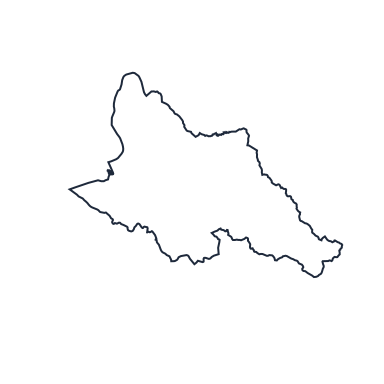 the district of Tien Yen, Quảng Ninh, Vietnam, rotated 151°
{"feature_id": "81297802B1435628045096", "entity_name": "Tien Yen", "entity_type": "district", "adm_level": 2, "iso_a3": "VNM", "parent_name": "Vietnam", "parent_adm1": "Quảng Ninh", "projection": "natural_earth1", "projection_center": [107.339, 21.373], "detail": "fine", "context": "isolated", "style": "outline", "palette": "slate", "viewbox_px": 384, "rotation_deg": 151, "n_neighbors": 0, "source": "geoboundaries", "source_scale": "gbopen_adm2", "svg_char_len": 6034}
<svg xmlns="http://www.w3.org/2000/svg" viewBox="0 0 384 384"><g transform="rotate(151 192 192)"><path d="M178.7,299.6L185.3,298.2L185.7,300.5L185.6,302.6L182.8,312.9L182.4,318.0L182.5,319.5L184.5,323.8L186.0,325.0L192.6,326.6L194.9,326.4L196.3,325.8L198.8,323.7L201.5,320.2L205.1,316.8L205.8,316.5L207.3,316.5L208.3,316.0L213.5,311.8L217.3,307.4L218.9,304.7L219.5,302.7L220.5,300.5L221.5,299.5L224.7,297.0L226.1,295.8L229.8,289.5L229.4,279.0L228.9,275.6L228.8,273.8L229.7,267.5L230.4,265.1L231.2,263.1L232.2,261.6L233.0,260.8L235.1,259.6L240.2,257.6L242.3,257.4L247.8,258.0L250.7,258.6L251.7,247.4L252.0,246.2L252.4,245.9L253.1,246.0L255.6,247.3L257.6,245.7L259.3,243.7L261.8,244.2L263.9,244.2L266.1,245.4L268.5,247.8L278.2,250.2L292.1,252.7L297.7,253.6L293.9,245.4L293.3,243.1L290.7,239.3L290.2,237.0L289.5,235.3L288.8,233.0L288.5,231.0L288.1,229.4L287.6,228.2L286.8,226.9L283.4,222.7L282.7,221.5L282.2,219.4L281.8,218.8L278.7,216.2L277.5,215.9L277.1,215.6L276.9,214.7L275.6,211.2L275.5,208.2L274.6,206.8L274.6,206.1L274.9,205.6L276.0,204.9L276.5,204.3L276.6,203.3L276.3,202.3L275.8,202.0L274.5,202.2L273.0,200.7L270.7,200.6L269.8,199.9L269.5,198.3L267.9,196.4L265.7,193.2L265.5,192.3L266.2,191.0L266.4,189.5L265.8,188.5L264.3,187.0L262.8,186.7L261.0,187.6L259.5,189.0L257.6,189.5L255.5,190.6L254.6,190.6L254.1,190.3L253.5,189.2L253.2,185.7L252.8,184.5L252.4,184.3L251.2,184.8L250.4,184.8L248.2,182.8L248.4,181.7L250.8,178.5L250.5,178.3L249.4,178.5L248.5,177.3L247.6,177.1L246.1,177.2L245.8,176.6L245.2,172.2L245.7,168.8L245.8,168.5L246.6,168.3L247.0,167.9L246.3,167.0L247.0,165.3L247.0,164.5L246.5,161.9L247.3,156.6L247.3,154.9L247.0,153.6L245.2,150.9L244.7,149.1L242.9,146.7L243.1,142.9L243.7,141.5L241.0,140.1L240.2,139.9L238.2,139.9L237.4,140.1L235.3,141.4L234.8,141.4L232.7,141.3L227.4,139.5L226.5,138.6L226.1,137.5L226.2,134.7L224.9,127.7L222.4,128.1L220.2,129.0L216.8,125.6L215.9,125.4L215.6,125.5L214.2,128.0L213.4,128.5L212.6,128.2L211.8,127.6L209.9,125.5L209.4,125.2L208.1,125.0L206.3,125.6L203.7,125.7L198.8,124.7L196.2,130.5L192.4,134.9L191.0,136.8L191.1,137.2L192.0,138.1L192.0,139.8L192.3,141.1L193.6,142.3L193.9,144.3L194.6,146.6L191.5,146.4L188.5,145.9L186.5,146.4L184.7,146.2L184.7,144.9L182.8,143.3L182.0,141.5L181.2,141.2L179.8,141.9L179.3,141.5L179.9,139.6L180.1,138.3L180.6,137.6L181.2,137.0L179.5,133.9L179.4,133.2L179.7,131.3L179.5,130.2L177.7,129.2L175.8,128.6L174.9,127.7L173.4,126.9L172.5,126.0L169.0,125.6L166.8,126.0L165.7,124.7L165.7,123.9L166.7,122.2L166.4,120.4L166.4,118.1L167.9,115.9L168.2,115.1L168.2,114.2L167.9,113.7L166.7,113.6L166.3,113.4L166.4,112.0L166.1,111.1L166.5,110.1L166.5,109.7L166.0,109.1L165.3,108.8L164.8,108.3L164.5,107.1L163.3,104.9L161.9,104.5L160.4,103.6L157.5,99.9L156.6,99.4L154.9,99.3L152.6,97.7L152.3,97.0L151.9,94.8L152.0,93.9L152.5,92.1L151.0,91.0L149.6,91.5L147.1,91.6L144.7,91.2L143.7,91.7L141.1,90.9L140.1,90.0L137.5,85.7L136.0,84.1L135.1,82.5L133.7,81.2L133.2,80.3L133.1,77.7L131.1,75.2L130.9,73.8L130.9,73.1L131.1,72.3L131.6,71.9L132.7,71.5L133.1,70.8L133.3,70.0L132.8,68.9L131.3,67.8L130.1,65.0L127.4,60.6L126.6,58.5L124.5,57.6L122.6,57.4L121.0,57.9L119.1,57.9L118.3,58.2L117.1,59.1L114.6,61.6L113.6,62.2L113.1,62.7L112.6,63.6L112.3,65.5L111.7,67.8L111.2,68.1L106.4,65.6L104.9,65.5L104.2,64.9L103.4,63.9L102.4,64.2L101.0,65.6L99.1,66.1L98.7,66.1L97.5,65.1L96.4,64.6L94.7,65.4L93.1,65.8L92.2,67.5L91.6,69.3L91.2,69.6L90.3,69.6L89.6,70.4L88.8,70.4L88.0,70.7L87.2,72.0L86.3,72.8L86.4,74.1L87.5,75.3L87.9,76.5L88.9,77.5L90.5,80.4L91.0,80.5L91.6,79.9L93.6,80.0L94.5,81.7L95.4,82.3L96.2,83.2L96.9,84.8L97.3,88.7L99.9,88.4L101.3,87.9L102.2,87.0L103.8,89.0L103.9,89.4L103.5,90.9L103.6,91.9L105.1,94.0L105.6,96.1L106.5,98.1L106.4,98.7L105.1,100.8L105.4,102.0L105.4,105.3L106.5,108.0L107.2,109.0L108.3,109.9L110.1,113.2L111.0,114.1L111.2,115.0L110.3,118.3L109.5,119.4L108.4,120.1L107.9,121.1L107.3,121.7L108.0,122.8L108.5,124.3L108.7,126.8L107.8,127.6L107.3,129.1L106.6,130.0L106.5,131.3L107.6,133.0L108.0,134.2L108.0,135.3L107.7,136.1L108.3,137.0L108.5,137.6L107.8,139.6L107.8,140.1L108.3,140.9L110.2,141.7L110.7,142.5L110.8,143.5L110.5,144.3L110.6,145.4L109.3,147.1L108.5,148.5L108.5,148.9L109.0,149.5L110.2,150.2L110.8,151.3L111.1,152.3L112.1,152.3L112.1,153.9L111.9,155.3L112.3,156.4L112.8,156.9L115.2,157.1L117.0,160.0L117.6,161.5L117.6,161.8L117.0,162.8L117.0,163.9L117.4,166.9L118.3,168.1L117.9,169.6L118.1,170.5L118.9,171.3L119.7,171.7L120.4,172.5L122.2,172.9L121.4,175.4L120.4,176.9L119.9,178.4L120.1,182.6L118.9,184.1L118.6,185.3L119.2,187.4L118.8,188.1L118.3,191.0L116.8,193.5L116.5,194.9L115.0,196.8L119.6,205.0L120.9,206.0L118.2,209.1L116.9,211.6L114.9,213.5L114.8,214.3L114.9,215.2L115.3,217.5L115.1,218.3L114.3,219.7L114.3,220.2L115.0,221.3L115.3,221.6L115.8,222.5L116.1,222.7L119.0,223.0L120.1,223.9L124.4,223.6L128.3,225.7L130.0,226.0L130.3,226.5L130.9,226.1L131.8,226.2L132.6,227.5L133.4,227.0L133.6,227.0L134.0,227.4L134.1,228.4L134.8,228.3L135.4,228.8L136.0,227.6L136.5,227.4L136.9,227.4L137.4,228.1L138.0,228.3L138.5,228.3L138.7,227.9L138.9,227.8L139.9,228.8L142.0,228.5L142.6,229.0L142.9,229.9L142.6,230.2L142.0,230.4L142.7,231.2L142.5,231.9L143.4,231.9L144.3,232.1L145.1,231.8L146.0,232.3L146.6,231.7L147.4,231.5L147.7,231.8L148.7,231.8L149.6,232.3L150.6,232.8L151.2,233.8L152.2,234.7L153.3,234.7L153.7,236.0L155.7,238.0L156.6,239.8L158.7,238.5L162.1,238.5L163.9,243.6L163.7,245.1L166.5,247.6L166.9,248.5L167.2,252.8L166.2,254.1L166.4,256.7L165.7,258.0L165.7,259.7L166.4,264.3L167.6,267.2L168.6,268.2L169.0,268.8L169.1,269.5L169.0,271.6L170.6,275.9L170.6,276.7L170.3,277.5L170.9,280.0L171.9,281.8L174.6,285.4L172.2,290.3L171.9,292.9L172.1,293.5L172.3,293.9L173.2,294.6L173.4,296.2L173.8,296.9L175.1,297.0L176.5,298.4L178.7,299.6ZM255.5,249.4L255.7,248.6L254.8,248.4L253.4,247.6L253.6,247.1L252.7,246.4L252.4,248.2L252.7,248.7L253.0,248.8L252.8,249.2L252.8,249.7L253.5,250.0L253.9,250.5L253.9,251.1L254.6,251.3L254.9,251.9L255.3,251.8L255.5,251.4L254.8,250.7L254.3,249.2L254.5,249.1L255.5,249.4Z" fill="none" stroke="#1e293b" stroke-width="2"/></g></svg>